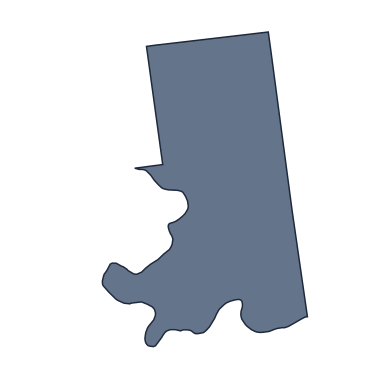 Meigs, Ohio, United States of America (Robinson projection), rotated 79°
{"feature_id": "52423323B59957998601513", "entity_name": "Meigs", "entity_type": "district", "adm_level": 2, "iso_a3": "USA", "parent_name": "United States of America", "parent_adm1": "Ohio", "projection": "robinson", "projection_center": [-81.882, 39.04], "detail": "fine", "context": "isolated", "style": "filled", "palette": "slate", "viewbox_px": 384, "rotation_deg": 79, "n_neighbors": 0, "source": "geoboundaries", "source_scale": "gbopen_adm2", "svg_char_len": 1877}
<svg xmlns="http://www.w3.org/2000/svg" viewBox="0 0 384 384"><g transform="rotate(79 192 192)"><path d="M69.4,87.7L49.5,86.6L40.9,199.6L40.4,208.9L159.5,215.5L157.7,243.7L159.7,239.7L160.6,235.7L161.5,233.9L162.8,232.5L167.8,229.2L173.3,226.8L178.6,223.5L182.3,220.8L183.6,218.9L185.4,214.8L187.6,205.9L189.0,202.8L190.5,201.0L195.0,199.2L200.1,198.1L205.6,198.4L208.1,199.5L211.9,202.9L213.7,205.5L216.0,209.6L217.7,213.7L218.2,216.0L218.6,220.0L219.1,220.8L220.0,221.5L221.0,221.9L222.9,222.0L226.0,221.7L229.7,220.9L230.5,220.3L234.5,219.7L239.6,221.5L242.2,223.3L244.1,225.1L247.5,231.5L251.9,238.4L254.9,246.2L257.9,252.0L261.1,256.8L262.2,262.0L261.4,264.6L260.9,265.3L257.0,269.7L255.1,270.9L252.1,274.0L251.4,275.3L247.5,279.9L246.6,283.7L246.8,284.9L247.3,286.1L253.1,290.8L256.0,293.9L256.9,294.5L262.1,296.9L265.1,297.4L267.0,297.1L274.5,292.7L282.8,287.0L284.3,285.4L288.2,279.9L289.9,274.4L289.5,272.4L290.3,262.5L293.7,257.2L297.1,253.0L299.3,251.6L300.5,251.2L303.3,250.9L306.1,251.4L310.3,254.0L315.4,260.1L317.0,261.6L321.0,264.1L323.3,265.0L327.0,266.2L329.3,266.3L331.1,266.2L333.0,265.4L334.4,264.4L335.2,263.0L336.4,259.5L336.0,257.2L329.3,249.8L327.1,247.9L324.6,245.2L323.6,243.3L323.1,240.3L323.0,239.5L324.0,234.5L326.2,229.5L325.8,228.6L325.7,226.7L326.3,223.5L327.0,221.2L328.1,219.2L330.6,217.1L331.7,215.6L332.2,213.0L332.2,207.5L330.6,204.5L327.7,200.6L320.5,194.0L317.0,191.6L313.3,188.6L311.8,186.9L308.8,182.2L307.4,179.4L306.5,175.4L306.1,170.5L306.3,166.8L307.1,165.1L307.9,164.3L309.4,163.8L311.9,163.9L314.5,164.5L318.3,166.5L321.0,167.3L323.2,167.6L326.2,167.4L331.8,165.1L334.0,163.8L338.3,160.1L341.0,156.6L341.9,154.9L342.8,152.2L343.2,149.5L343.6,143.0L342.4,136.6L342.2,134.0L342.4,129.0L342.9,127.0L342.3,122.9L337.3,108.2L336.3,104.6L336.5,102.5L229.7,97.3L69.4,87.7Z" fill="#64748b" stroke="#1e293b" stroke-width="1.5"/></g></svg>